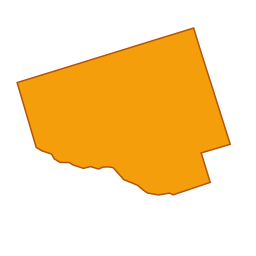 the district of Fulton, Illinois, United States of America, rotated 72°
{"feature_id": "52423323B45529880929650", "entity_name": "Fulton", "entity_type": "district", "adm_level": 2, "iso_a3": "USA", "parent_name": "United States of America", "parent_adm1": "Illinois", "projection": "albers", "projection_center": [-90.101, 40.449], "detail": "fine", "context": "isolated", "style": "filled", "palette": "amber", "viewbox_px": 256, "rotation_deg": 72, "n_neighbors": 0, "source": "geoboundaries", "source_scale": "gbopen_adm2", "svg_char_len": 528}
<svg xmlns="http://www.w3.org/2000/svg" viewBox="0 0 256 256"><g transform="rotate(72 128 128)"><path d="M52.7,65.3L51.0,188.7L50.5,219.4L118.1,221.3L123.1,217.0L129.2,208.7L134.6,207.7L139.7,203.3L142.8,194.3L145.7,192.2L152.6,182.9L153.1,175.7L158.0,168.5L157.4,163.9L159.2,157.9L161.4,154.2L175.8,148.0L185.3,136.7L191.6,132.8L195.9,129.5L201.1,119.7L202.1,112.9L202.9,108.4L205.5,105.7L205.1,66.6L174.3,66.1L175.1,35.8L114.1,35.3L83.6,35.2L53.2,34.7L52.7,65.3Z" fill="#f59e0b" stroke="#b45309" stroke-width="1.5"/></g></svg>